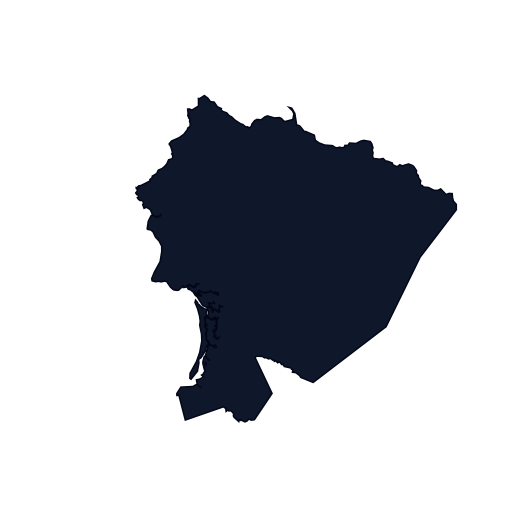 outline of Tonosí, Los Santos, Panama, rotated 129°
{"feature_id": "35544464B87180550672206", "entity_name": "Tonosí", "entity_type": "district", "adm_level": 2, "iso_a3": "PAN", "parent_name": "Panama", "parent_adm1": "Los Santos", "projection": "equal_earth", "projection_center": [-80.44, 7.396], "detail": "fine", "context": "isolated", "style": "filled", "palette": "ink", "viewbox_px": 512, "rotation_deg": 129, "n_neighbors": 0, "source": "geoboundaries", "source_scale": "gbopen_adm2", "svg_char_len": 6139}
<svg xmlns="http://www.w3.org/2000/svg" viewBox="0 0 512 512"><g transform="rotate(129 256 256)"><path d="M393.7,186.4L393.7,184.6L393.1,184.0L395.6,181.4L393.5,180.9L393.5,179.6L392.1,178.1L392.2,176.5L392.7,174.0L394.5,173.0L395.2,171.3L395.5,165.4L394.8,166.0L393.9,164.9L393.1,165.3L391.9,160.2L389.9,159.1L387.3,159.0L386.6,156.4L384.3,154.2L352.7,157.0L335.5,192.8L334.4,192.8L333.0,191.9L330.0,187.7L329.8,185.3L328.6,184.1L328.1,181.5L326.4,180.2L326.5,177.6L325.6,176.7L326.4,175.4L325.2,174.8L325.3,172.1L324.5,172.4L324.5,171.5L323.5,170.6L324.2,167.8L323.3,166.6L324.1,164.5L321.0,158.2L321.7,157.1L321.0,155.6L323.4,154.6L321.6,151.5L321.5,146.7L322.2,144.9L318.3,132.0L229.1,110.4L153.6,127.7L94.0,129.4L89.8,132.8L89.1,137.0L87.3,139.6L84.0,142.8L85.9,145.4L88.6,147.0L87.6,154.7L90.6,156.0L92.9,159.0L94.2,165.1L97.0,169.3L96.6,171.1L97.3,172.1L96.3,174.0L94.0,175.2L92.8,178.9L91.3,180.6L90.9,183.4L88.6,185.0L87.1,189.9L87.2,191.6L88.5,195.4L94.0,199.2L94.5,201.7L97.8,202.5L99.0,207.1L97.9,208.6L99.8,214.1L101.0,215.1L100.4,216.1L100.2,218.6L102.8,220.7L106.3,226.1L105.0,228.4L102.1,230.0L100.7,232.2L98.3,233.2L95.9,236.6L95.1,239.3L98.3,245.0L100.9,247.0L105.6,249.1L109.4,254.5L112.1,254.1L114.0,256.5L116.1,255.9L118.0,257.6L118.6,259.3L121.1,261.3L121.9,263.3L122.0,265.9L126.5,272.4L128.4,278.0L128.7,282.8L125.4,286.7L127.9,295.7L128.9,296.6L127.4,303.4L127.7,305.2L128.7,306.7L120.7,315.6L118.6,321.3L119.7,323.8L120.2,318.9L121.7,316.0L126.7,313.3L133.0,317.9L133.6,319.4L133.1,322.8L133.6,324.8L137.1,328.6L139.9,335.3L142.4,336.7L146.9,337.7L149.2,341.2L151.7,342.3L156.3,342.2L158.2,341.2L160.9,342.1L160.8,343.8L162.1,345.1L162.1,349.1L162.9,351.1L163.6,357.6L163.2,362.8L163.8,364.9L163.2,368.9L164.6,373.0L164.2,375.6L163.2,375.7L164.3,380.0L162.7,385.4L164.7,388.6L163.6,392.7L163.8,397.1L169.2,398.9L169.8,399.9L175.6,395.1L182.8,397.6L183.7,400.4L184.8,401.6L188.4,398.1L188.5,396.9L189.3,397.7L190.1,397.1L190.1,395.6L191.1,395.3L191.2,393.7L193.5,392.1L194.7,389.4L194.4,390.6L196.8,388.8L199.6,389.6L200.8,388.9L206.9,388.7L212.6,390.3L219.7,394.0L223.4,394.1L224.1,393.3L224.0,392.2L226.8,387.9L228.6,385.7L229.7,385.8L230.3,384.0L232.9,382.2L236.2,384.5L240.4,383.3L244.0,383.4L247.3,384.1L250.7,386.0L254.5,385.1L259.3,386.9L260.2,386.0L263.4,386.6L264.4,385.6L273.6,389.8L275.4,391.4L276.4,391.3L276.9,390.2L277.1,391.3L277.9,391.0L278.1,392.2L278.9,391.6L279.0,390.2L280.4,389.1L282.7,389.2L283.3,387.2L282.7,386.8L283.1,385.6L284.5,384.2L285.3,384.9L285.9,383.4L285.9,381.1L284.6,379.5L284.6,378.3L286.0,376.4L287.3,376.5L289.4,373.0L287.1,371.8L286.5,367.4L289.2,362.2L288.7,358.9L286.7,356.7L283.9,355.8L285.2,355.4L288.1,357.0L288.8,358.2L289.7,362.4L290.4,363.0L296.8,361.6L303.2,357.8L303.6,357.1L301.9,354.0L302.1,351.1L304.6,346.0L305.4,340.6L307.7,335.5L311.8,332.1L320.7,327.0L332.8,324.8L339.3,322.8L340.7,321.1L339.3,318.0L336.8,315.5L335.9,313.5L333.1,311.3L332.1,309.3L334.0,303.0L334.2,299.8L334.0,298.3L332.4,295.7L331.2,294.6L325.5,293.9L325.1,293.5L326.3,292.7L324.4,290.8L321.5,290.8L320.1,289.9L318.7,284.5L315.2,284.9L314.0,283.7L313.8,283.0L315.1,283.9L318.9,283.5L319.7,284.7L320.9,289.6L323.5,289.5L324.4,288.0L324.0,286.2L323.5,287.9L323.6,283.1L322.1,278.0L322.0,274.2L321.1,274.4L320.6,278.4L319.4,279.1L318.3,278.5L317.4,273.7L315.2,272.2L313.9,270.2L311.5,269.3L311.2,265.1L309.5,265.2L309.1,263.2L310.5,263.6L310.7,262.4L309.9,261.2L308.9,261.8L309.1,261.3L309.8,260.7L310.7,261.8L310.9,263.7L309.5,263.9L309.9,264.9L311.5,264.8L311.8,269.0L314.1,269.8L315.5,271.7L316.4,271.7L318.1,273.6L318.8,278.2L320.3,277.6L321.0,273.5L322.1,273.5L324.0,280.8L324.8,278.3L324.7,276.2L328.0,266.4L327.2,262.8L324.5,260.6L323.7,260.6L323.2,262.5L322.1,263.7L321.0,261.1L319.7,260.3L319.2,258.7L317.6,260.7L318.9,258.3L319.4,258.4L319.8,260.2L321.5,261.0L322.2,263.3L323.5,260.3L324.8,260.3L326.1,261.8L327.0,261.7L327.8,259.6L324.6,259.9L323.1,259.1L323.4,257.3L325.0,255.2L323.9,255.5L323.2,254.7L322.9,249.5L322.0,249.7L321.4,251.4L319.4,251.4L317.6,253.4L317.0,252.7L317.3,251.8L316.2,250.7L316.8,249.3L316.5,250.7L317.6,251.8L317.6,253.1L319.4,251.1L321.1,251.0L322.0,249.2L323.2,249.4L323.6,254.3L326.9,254.5L323.7,257.8L323.4,258.8L324.3,259.5L326.6,257.7L328.2,258.3L332.2,256.2L333.5,254.9L332.8,249.7L330.2,250.3L329.4,249.3L329.1,246.9L327.0,246.6L329.0,246.3L329.9,249.7L330.8,249.8L331.4,248.8L329.9,247.4L329.7,246.0L332.2,245.1L334.4,242.2L335.3,241.9L336.1,243.7L336.2,241.9L338.3,240.1L339.4,242.0L341.2,242.1L341.4,241.6L340.5,241.2L340.6,240.1L343.4,239.0L343.3,237.6L343.5,237.1L344.3,237.9L345.2,237.2L344.4,237.4L344.2,236.9L345.2,234.4L342.6,233.5L344.2,233.2L345.6,234.3L344.5,237.0L345.5,237.4L344.2,238.3L343.6,237.6L343.7,238.8L343.3,239.5L340.8,240.5L341.7,241.2L341.5,242.4L339.4,242.4L338.1,240.6L336.7,242.1L336.2,244.2L334.8,242.7L332.8,245.4L330.2,246.5L330.2,247.2L333.4,249.7L334.7,255.6L336.3,256.5L340.3,252.9L340.3,250.7L341.1,250.5L341.8,251.8L342.7,251.6L343.8,247.1L345.9,247.0L352.2,241.6L352.2,238.8L354.0,235.7L352.4,232.7L350.6,231.8L350.6,231.3L351.8,231.9L353.0,231.0L352.8,229.9L351.2,228.9L353.2,230.0L353.4,231.1L352.7,232.1L354.5,236.0L356.4,236.8L358.3,235.3L365.2,232.8L366.3,227.4L366.1,225.9L366.6,227.6L365.6,232.0L366.7,233.0L371.9,230.6L374.0,228.5L373.0,226.8L371.9,226.8L370.9,228.2L370.1,227.0L370.9,227.8L372.1,226.4L375.0,227.1L376.9,224.5L376.9,223.5L381.2,222.8L382.8,223.4L383.1,220.7L387.3,222.4L389.7,224.4L392.7,220.9L392.9,215.7L393.1,221.4L397.1,222.9L405.2,231.9L412.7,231.0L414.2,229.7L412.8,228.2L428.0,207.7L393.7,186.4ZM392.7,228.9L382.4,229.0L375.1,233.0L372.5,235.5L369.7,234.7L361.3,235.7L356.9,237.9L353.9,237.0L352.6,242.1L350.7,243.3L349.6,245.4L346.0,247.4L344.0,247.3L343.6,250.9L342.6,252.1L341.9,252.2L340.7,250.9L340.4,253.3L336.2,257.2L335.3,257.4L334.4,255.9L332.1,258.7L328.9,259.8L328.6,260.9L330.5,265.1L329.6,264.9L330.2,268.2L329.6,268.5L329.7,271.2L328.9,272.0L328.3,275.2L330.5,274.2L333.7,268.3L338.2,262.1L341.8,258.3L345.2,256.2L351.1,249.1L356.1,244.7L366.3,239.1L375.3,235.9L388.7,233.4L392.7,230.4L392.7,228.9Z" fill="#0f172a" stroke="#020617" stroke-width="1.5"/></g></svg>